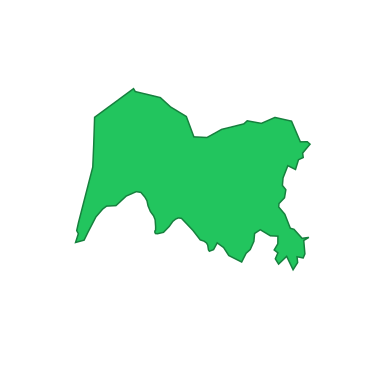 St. Mary, Louisiana, United States of America (Equal Earth projection), rotated 329°
{"feature_id": "52423323B82500281635270", "entity_name": "St. Mary", "entity_type": "district", "adm_level": 2, "iso_a3": "USA", "parent_name": "United States of America", "parent_adm1": "Louisiana", "projection": "equal_earth", "projection_center": [-91.446, 29.674], "detail": "fine", "context": "isolated", "style": "filled", "palette": "green", "viewbox_px": 384, "rotation_deg": 329, "n_neighbors": 0, "source": "geoboundaries", "source_scale": "gbopen_adm2", "svg_char_len": 1347}
<svg xmlns="http://www.w3.org/2000/svg" viewBox="0 0 384 384"><g transform="rotate(329 192 192)"><path d="M195.1,73.3L147.0,77.8L132.2,100.7L119.8,119.5L78.9,159.8L73.3,165.7L73.1,169.2L66.2,175.3L74.7,177.7L82.1,172.9L96.9,163.8L106.8,160.6L111.5,160.1L119.8,164.5L133.6,161.6L144.4,163.0L148.0,166.0L149.0,172.2L148.9,176.3L147.2,181.2L146.3,187.3L146.8,192.8L146.1,196.8L142.9,203.1L141.1,206.0L140.1,206.3L139.4,207.5L139.3,208.8L140.9,210.0L146.8,211.9L154.7,209.8L160.4,207.3L164.0,206.8L167.0,207.2L169.4,209.1L173.0,225.3L174.4,237.3L177.0,240.3L178.2,243.2L178.1,245.7L176.3,250.1L176.4,251.7L180.8,252.5L187.4,248.6L190.5,255.9L190.8,265.4L198.5,277.6L206.8,272.4L212.3,271.3L219.6,266.2L224.3,259.8L231.1,259.5L236.6,269.9L242.9,274.1L238.9,280.6L232.6,284.0L234.3,288.4L229.0,292.2L229.1,298.4L240.0,295.9L238.6,310.7L246.2,306.9L248.7,301.6L253.3,305.8L256.9,303.2L262.8,291.1L268.8,291.1L262.5,288.4L260.2,276.5L257.6,273.7L260.1,258.9L258.6,249.5L260.6,246.7L268.3,244.6L273.6,238.4L272.9,232.9L277.3,226.8L287.7,218.8L292.3,226.0L299.9,219.2L305.1,219.7L306.9,215.6L317.8,211.8L316.7,208.3L310.7,204.8L313.8,182.5L312.3,181.1L301.5,170.8L286.8,168.9L276.0,159.4L271.5,160.3L249.7,153.6L232.9,153.0L222.0,145.7L226.0,124.4L217.4,108.0L213.5,94.8L195.1,76.7L195.1,73.3Z" fill="#22c55e" stroke="#15803d" stroke-width="1.5"/></g></svg>